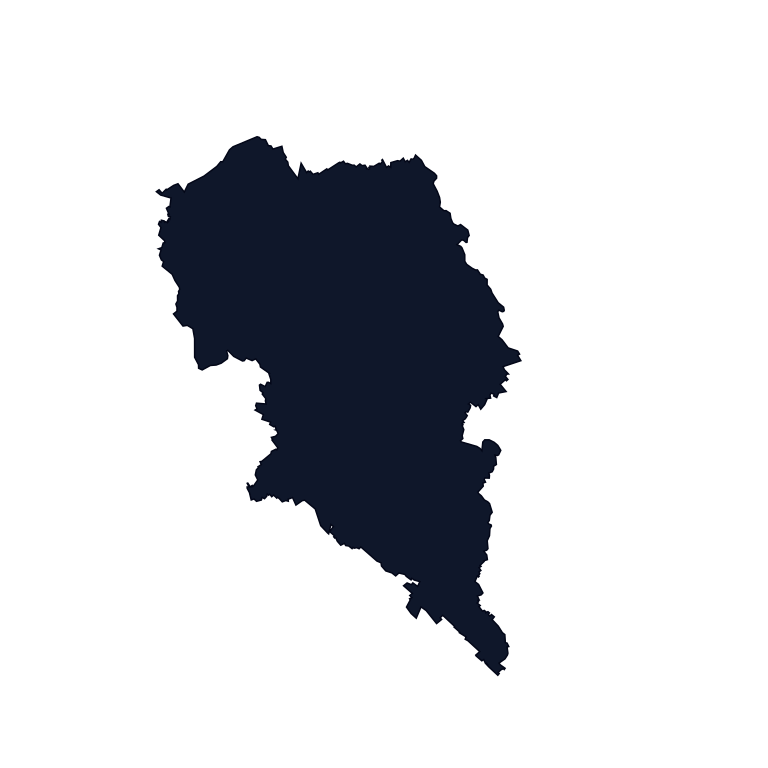 Si Prachan, Suphan Buri, Thailand (Equal Earth projection), rotated 139°
{"feature_id": "78962969B29748545186398", "entity_name": "Si Prachan", "entity_type": "district", "adm_level": 2, "iso_a3": "THA", "parent_name": "Thailand", "parent_adm1": "Suphan Buri", "projection": "equal_earth", "projection_center": [100.149, 14.651], "detail": "fine", "context": "isolated", "style": "filled", "palette": "ink", "viewbox_px": 768, "rotation_deg": 139, "n_neighbors": 0, "source": "geoboundaries", "source_scale": "gbopen_adm2", "svg_char_len": 6158}
<svg xmlns="http://www.w3.org/2000/svg" viewBox="0 0 768 768"><g transform="rotate(139 384 384)"><path d="M480.3,97.9L473.0,97.2L468.6,98.5L467.1,99.5L463.6,104.8L462.1,104.0L461.1,107.7L462.1,109.2L457.2,115.6L457.8,118.7L456.6,126.4L457.0,135.2L453.5,135.9L454.1,139.5L456.4,139.5L456.4,141.7L454.6,142.1L454.9,144.0L457.2,144.6L456.5,145.4L456.9,147.4L458.7,147.9L458.4,153.7L456.7,153.7L457.4,157.6L455.5,157.6L455.0,159.2L453.9,158.4L452.6,162.8L449.0,161.1L446.4,161.4L444.1,170.7L445.0,175.2L439.5,177.9L439.3,176.4L438.4,176.5L438.4,177.4L436.1,178.0L435.8,179.9L433.2,179.7L432.8,183.0L430.4,182.7L430.5,184.1L424.9,184.4L424.8,185.1L421.2,183.6L418.6,187.6L418.4,192.4L415.6,191.2L413.6,191.5L408.9,198.0L403.9,200.3L398.9,205.4L396.1,206.3L395.6,207.4L396.8,209.8L396.6,211.3L394.1,211.9L390.2,215.4L386.5,216.2L382.8,224.5L383.0,227.1L384.3,230.6L383.9,235.8L384.5,239.6L384.0,240.8L376.1,241.8L374.4,244.3L371.8,243.3L371.0,246.3L369.6,246.9L366.3,243.9L364.3,245.9L363.4,248.0L359.9,246.8L357.1,247.9L355.2,250.0L352.0,249.5L347.9,255.1L347.0,257.6L345.6,255.8L344.0,255.3L339.4,257.3L338.4,263.0L339.1,267.7L341.2,272.8L344.6,275.8L347.5,275.4L353.9,269.4L353.8,272.4L354.9,276.0L363.7,289.6L363.6,291.0L360.3,291.1L358.9,293.7L353.7,297.2L352.2,301.6L351.1,301.4L350.9,303.2L348.8,302.4L348.7,304.8L345.5,304.4L341.9,305.5L341.7,309.2L340.2,309.2L339.2,307.8L334.5,309.5L332.6,311.1L333.4,313.5L330.7,313.5L329.4,306.6L326.4,306.7L327.5,301.5L321.6,302.4L316.3,304.9L316.5,306.0L312.8,303.4L311.4,306.0L309.3,307.0L307.6,304.0L309.1,303.1L307.8,299.8L303.4,302.0L296.8,298.2L296.5,307.6L289.5,307.6L289.5,306.1L287.5,306.1L287.4,310.1L284.9,310.9L283.5,309.9L283.8,315.9L282.7,319.0L265.4,311.8L264.3,318.1L262.1,317.6L261.5,321.2L266.6,329.8L265.9,339.9L266.6,345.0L256.2,349.3L255.1,351.6L253.8,358.5L250.7,364.0L248.8,364.3L247.4,361.0L246.0,360.3L244.9,360.7L243.3,363.5L244.5,370.4L242.8,381.7L241.3,385.5L241.2,391.1L237.5,395.3L238.5,397.9L237.7,401.2L239.3,403.7L238.6,408.8L240.1,410.0L241.5,413.4L243.1,420.0L242.5,423.6L238.2,428.6L235.8,435.6L235.8,437.6L237.5,441.3L230.7,441.8L229.6,440.0L229.2,437.0L228.4,436.5L224.9,439.7L222.3,440.2L219.8,445.2L221.6,454.1L224.6,454.8L226.4,459.0L226.4,460.9L224.9,465.1L222.1,469.5L223.4,474.1L225.1,475.5L225.9,481.2L222.2,484.3L219.7,488.3L217.4,494.6L215.5,502.8L213.4,504.3L209.3,504.8L207.7,506.6L207.7,510.0L210.6,521.3L209.0,528.3L210.0,536.1L212.9,534.7L214.7,534.6L215.9,536.1L219.6,534.8L219.6,537.4L222.2,537.8L221.3,541.8L225.7,541.7L227.3,543.7L233.6,546.6L236.8,543.1L237.5,545.6L240.0,545.8L237.9,554.4L238.8,554.4L238.8,553.1L242.6,552.4L242.8,553.8L248.9,554.9L251.6,557.6L251.9,556.9L253.3,557.4L253.7,555.9L254.9,556.2L255.3,557.5L256.6,558.1L255.2,558.2L254.8,561.6L257.3,563.2L257.8,565.9L262.6,566.1L262.9,568.7L264.4,569.9L266.8,574.5L268.7,575.6L268.4,578.7L271.8,579.4L271.8,580.3L273.2,580.7L286.0,582.5L286.0,583.9L295.8,585.1L295.3,586.8L300.0,588.8L300.0,593.0L301.4,593.1L301.5,594.5L303.7,594.3L301.7,605.0L314.3,595.4L313.0,611.5L311.0,614.6L311.0,618.5L309.0,619.2L308.2,624.8L305.1,630.4L313.7,634.2L313.1,637.8L314.9,639.8L313.2,646.2L316.2,649.2L316.4,652.1L317.6,653.9L342.3,662.1L347.0,662.1L359.9,657.5L361.4,658.9L367.4,657.9L383.4,659.0L400.7,663.3L408.8,659.9L408.1,670.3L412.4,671.9L420.8,673.1L420.7,673.9L426.3,673.5L426.3,678.2L429.6,678.5L428.6,673.1L422.7,664.1L429.4,658.1L429.9,659.1L432.9,659.4L434.9,653.2L435.8,653.9L436.7,652.2L435.5,650.4L437.5,648.9L437.7,650.0L441.0,648.9L440.1,648.1L441.7,647.8L442.5,649.9L443.3,649.9L442.9,651.3L444.6,653.7L446.3,652.4L446.8,653.9L449.4,652.5L449.7,648.4L456.4,644.1L455.6,636.2L456.6,634.4L458.1,635.3L462.2,632.7L465.5,634.0L464.3,631.4L469.0,628.5L470.6,623.7L470.0,621.0L474.1,618.5L471.9,605.8L473.9,599.1L475.0,591.3L476.1,589.4L478.3,588.7L479.5,586.8L481.9,586.1L485.3,582.1L488.6,580.9L490.0,577.6L492.5,574.8L496.9,575.0L497.7,559.6L494.0,557.3L492.0,551.1L497.1,542.6L509.4,528.4L511.3,520.3L513.6,517.5L512.0,513.9L502.9,511.9L498.2,508.4L493.2,506.5L485.6,505.8L483.2,507.9L481.2,512.1L479.8,511.9L479.3,503.4L475.7,494.2L474.2,493.3L471.0,494.0L468.2,488.2L464.3,487.1L464.7,480.3L466.1,477.9L463.5,467.2L464.1,467.3L466.5,461.6L469.2,458.6L470.1,461.1L471.1,461.9L475.4,460.0L477.3,464.8L478.7,464.9L481.7,460.5L481.0,456.7L482.5,456.3L482.8,450.5L484.6,449.1L486.1,446.3L492.8,453.2L495.1,451.8L496.1,448.5L498.4,448.9L495.1,440.1L499.3,437.5L494.6,429.6L496.8,428.5L495.3,424.1L493.9,423.7L495.3,420.1L495.9,420.4L495.4,419.5L496.4,416.0L500.2,415.7L504.0,417.6L504.5,415.2L505.3,415.2L506.0,405.5L508.1,404.6L508.4,405.7L513.2,407.0L515.2,405.5L527.0,405.8L528.5,406.7L529.5,403.7L533.4,404.2L533.4,403.3L536.6,403.0L540.8,399.8L542.2,394.4L549.2,392.7L550.1,392.7L550.0,393.9L551.2,394.0L551.3,393.3L552.4,394.1L551.8,398.6L552.4,398.8L553.4,394.9L554.9,396.1L555.7,395.0L556.8,390.3L560.3,383.6L557.5,382.5L557.2,379.1L552.7,376.9L550.4,378.4L549.4,375.8L546.2,376.2L544.3,377.5L544.0,375.8L542.5,375.8L542.7,372.6L540.2,372.6L539.8,368.2L538.6,368.3L538.2,366.3L538.1,361.8L534.6,360.5L533.1,358.3L531.9,359.9L527.5,358.3L529.9,350.4L522.3,349.6L520.1,348.4L517.9,334.8L524.7,318.6L524.3,308.7L524.1,307.2L516.2,312.8L515.7,309.6L521.8,308.3L521.0,301.8L522.2,301.7L522.2,300.0L521.3,299.7L522.4,295.9L522.4,290.7L518.4,289.7L518.9,287.2L516.9,284.9L516.1,280.7L514.6,281.1L514.3,279.7L511.9,278.3L510.9,276.0L508.4,276.2L505.5,255.0L503.5,251.0L505.3,248.3L505.3,241.8L502.0,236.3L501.1,231.5L496.8,231.6L493.2,226.6L493.4,224.3L492.1,218.4L490.5,219.1L489.8,216.2L486.6,211.3L491.4,209.2L492.7,215.0L495.0,214.6L497.1,218.7L501.6,218.9L500.0,207.3L503.3,207.5L503.1,204.5L505.6,205.1L505.8,203.8L513.4,200.9L514.1,193.0L513.3,186.1L502.3,191.5L500.8,185.3L501.5,168.7L495.0,168.5L495.0,170.7L491.4,170.9L489.7,154.7L490.6,154.5L489.6,147.1L490.3,146.9L488.0,139.4L490.2,138.1L489.1,135.3L487.3,119.2L492.7,119.2L492.9,118.3L491.8,110.9L489.5,110.6L490.7,106.7L489.9,106.2L489.9,104.5L490.6,104.9L490.5,101.8L489.2,89.5L487.0,89.9L487.1,91.5L482.7,91.5L480.7,90.7L480.6,89.6L479.1,90.0L480.5,95.9L480.3,97.9Z" fill="#0f172a" stroke="#020617" stroke-width="1.5"/></g></svg>